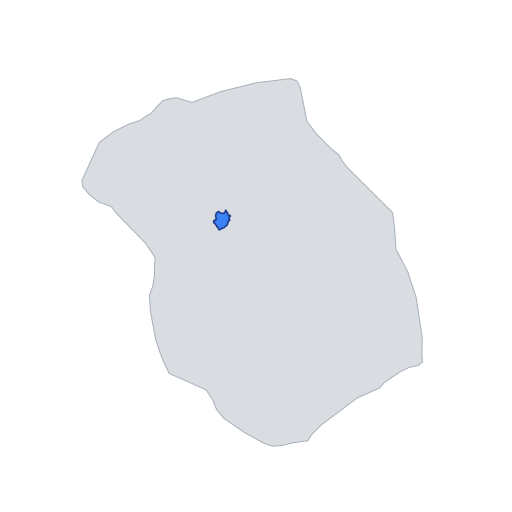 Semonkong, Maseru, Lesotho (highlighted), rotated 104°
{"feature_id": "5366337B2664328548096", "entity_name": "Semonkong", "entity_type": "district", "adm_level": 2, "iso_a3": "LSO", "parent_name": "Lesotho", "parent_adm1": "Maseru", "projection": "robinson", "projection_center": [28.034, -29.842], "detail": "fine", "context": "in_parent", "style": "filled", "palette": "blue", "viewbox_px": 512, "rotation_deg": 104, "n_neighbors": 0, "source": "geoboundaries", "source_scale": "gbopen_adm2", "svg_char_len": 4311}
<svg xmlns="http://www.w3.org/2000/svg" viewBox="0 0 512 512"><g transform="rotate(104 256 256)"><path d="M335.3,345.0L321.4,349.5L319.5,349.9L310.6,348.8L298.7,349.9L289.4,352.4L282.2,353.3L270.3,366.2L248.9,401.0L243.2,408.2L241.6,421.9L236.6,432.7L230.5,441.1L224.6,443.2L206.7,439.8L183.8,435.5L170.5,425.0L158.7,411.2L152.4,401.2L145.9,395.7L143.6,392.6L134.3,388.0L130.8,385.6L127.7,383.9L123.9,377.2L121.7,371.4L122.5,355.3L115.9,345.7L104.6,329.3L97.5,315.8L87.7,297.5L81.8,281.7L75.5,265.5L76.3,258.5L82.2,253.7L99.5,245.5L112.9,239.2L122.5,227.5L133.0,210.2L138.1,199.8L143.2,195.1L148.8,187.7L158.5,171.4L169.3,153.3L180.9,133.9L195.5,128.3L215.6,121.8L234.8,104.8L257.7,90.5L294.7,75.0L312.0,71.1L318.5,68.8L322.7,71.7L327.1,80.6L333.4,88.1L347.9,101.0L354.1,104.1L369.1,123.3L385.2,136.4L403.7,151.5L416.3,159.0L422.8,161.1L428.1,174.5L433.4,184.5L436.5,193.8L435.8,202.9L429.9,225.1L421.3,247.8L414.4,257.2L406.1,263.2L397.9,272.2L394.7,290.4L391.0,311.8L380.3,320.6L372.0,326.4L360.6,333.5L335.3,345.0Z" fill="#d9dde1" stroke="#a8b0b8" stroke-width="1"/><path d="M222.2,302.3L221.8,302.7L221.9,303.0L222.0,303.2L222.2,303.4L222.4,303.5L222.5,303.8L222.6,304.0L222.8,304.2L223.0,304.1L223.4,304.3L223.5,304.4L223.7,304.5L223.9,304.7L224.0,304.8L224.1,304.7L224.4,304.6L224.6,304.6L224.9,304.8L225.1,304.9L225.3,304.9L225.5,304.9L225.7,305.0L225.9,305.1L226.1,305.1L226.3,305.0L226.5,305.0L226.7,304.9L226.9,304.8L227.2,304.8L227.3,304.7L227.5,304.5L227.8,304.4L228.0,304.3L228.1,304.2L228.3,304.2L228.5,304.1L228.6,303.9L228.8,303.9L229.0,303.8L229.1,303.7L229.3,303.6L229.6,303.4L229.9,303.6L230.0,303.7L230.3,303.7L230.5,303.8L230.8,303.8L231.0,303.9L231.0,304.0L231.1,303.9L231.2,304.0L231.3,304.2L231.3,304.3L231.5,304.4L231.8,304.4L231.9,304.5L232.0,304.7L232.1,304.8L232.2,305.1L232.2,305.3L232.2,305.5L232.4,305.5L232.5,305.5L232.8,305.5L233.0,305.5L233.1,305.4L233.3,305.3L233.4,305.2L233.5,305.1L233.8,304.9L234.0,304.9L234.2,304.7L234.3,304.5L234.4,304.1L234.5,304.0L234.5,303.8L234.6,303.6L234.8,303.2L235.1,303.0L235.2,302.9L235.3,302.8L235.3,302.6L235.6,302.4L235.8,302.1L236.0,301.7L236.3,301.5L236.5,301.5L236.7,301.4L236.9,301.3L237.0,301.2L237.3,300.9L237.4,300.2L237.4,299.8L237.5,299.7L237.9,299.4L238.0,299.3L238.2,299.2L238.4,299.1L238.6,299.0L238.9,299.0L238.9,298.9L239.0,298.9L239.1,298.7L239.3,298.5L239.4,298.4L239.5,298.3L239.5,298.2L239.5,297.8L239.4,297.7L239.2,297.5L239.1,297.3L239.0,297.2L238.9,297.1L238.7,296.8L238.6,296.7L238.3,296.6L238.0,296.5L237.9,296.5L237.8,296.4L237.7,296.3L237.6,296.1L237.6,295.9L237.5,295.7L237.3,295.7L237.2,295.4L237.1,295.1L237.0,294.9L236.8,294.7L236.7,294.7L236.6,294.3L236.4,294.2L236.2,293.8L236.1,293.6L235.9,293.5L235.5,293.4L235.3,293.3L235.1,293.2L234.9,293.1L234.6,292.9L234.4,292.8L234.3,292.6L234.1,292.4L233.9,292.2L233.6,291.9L233.4,291.7L233.2,291.6L232.7,291.5L232.5,291.4L231.6,291.4L231.3,291.3L231.0,291.2L230.8,291.1L230.4,291.3L230.3,291.5L230.1,291.6L229.8,291.8L229.7,291.8L229.5,291.7L229.3,291.6L229.0,291.3L229.0,291.1L228.8,291.0L228.6,290.7L228.4,290.5L228.1,290.3L228.0,290.2L227.9,290.2L227.7,290.1L227.1,290.4L227.0,290.5L227.1,290.8L227.1,291.1L226.9,291.1L226.7,291.1L226.4,291.1L226.2,291.1L225.9,291.1L225.7,291.2L225.4,291.2L225.3,291.3L225.2,291.2L225.1,291.3L225.1,291.2L224.8,291.2L224.7,291.1L224.3,291.0L224.3,290.9L224.2,290.9L224.0,290.7L223.9,290.7L223.9,290.8L223.7,290.8L223.6,290.7L223.5,290.8L223.4,290.7L223.3,290.8L223.2,290.8L223.1,291.0L223.0,290.9L222.9,290.9L222.9,291.0L222.9,291.3L222.9,291.5L222.9,291.8L222.9,292.0L222.9,292.3L222.9,292.5L222.9,292.8L222.8,293.0L222.8,293.3L222.7,293.4L222.5,293.5L222.3,293.5L222.2,293.5L221.9,293.5L221.7,293.6L221.4,293.7L221.2,293.8L220.9,294.0L220.7,294.1L220.8,294.4L220.9,294.7L220.8,294.8L220.7,295.0L220.3,295.3L220.1,295.4L219.9,295.5L219.7,295.6L219.4,295.8L219.2,296.0L218.9,296.3L219.2,296.5L219.4,296.5L219.7,296.6L219.9,296.6L220.1,296.7L220.4,296.7L220.6,296.8L220.8,296.9L221.0,297.0L221.3,297.2L221.7,297.3L221.9,297.3L222.0,297.3L222.1,297.2L222.4,297.4L222.4,297.5L222.4,297.9L222.4,298.1L222.5,298.3L222.5,298.6L222.7,298.8L222.8,299.0L222.8,299.4L222.8,299.5L222.7,300.0L222.8,300.2L222.8,300.6L222.9,300.9L222.7,301.3L222.6,301.5L222.4,302.0L222.2,302.3Z" fill="#3b82f6" stroke="#1e3a8a" stroke-width="1.5"/></g></svg>